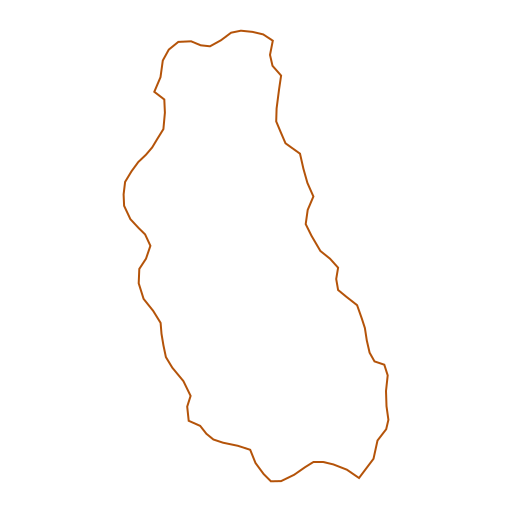 the district of São Bento Abade, Minas Gerais, Brazil
{"feature_id": "56859067B95331954634045", "entity_name": "São Bento Abade", "entity_type": "district", "adm_level": 2, "iso_a3": "BRA", "parent_name": "Brazil", "parent_adm1": "Minas Gerais", "projection": "orthographic", "projection_center": [-45.073, -21.565], "detail": "fine", "context": "isolated", "style": "outline", "palette": "amber", "viewbox_px": 512, "rotation_deg": 0, "n_neighbors": 0, "source": "geoboundaries", "source_scale": "gbopen_adm2", "svg_char_len": 1260}
<svg xmlns="http://www.w3.org/2000/svg" viewBox="0 0 512 512"><path d="M125.1,181.9L123.6,194.4L124.1,205.8L130.4,219.2L138.7,228.1L145.1,234.4L150.4,245.8L146.0,258.7L139.3,268.9L138.7,283.3L143.6,298.9L153.2,310.9L160.6,322.9L161.5,333.8L163.4,345.2L165.9,357.1L172.3,367.7L183.4,381.1L190.6,395.9L187.2,406.6L188.7,420.8L200.2,425.9L206.4,433.8L213.4,439.5L223.0,442.7L237.9,445.8L250.2,449.8L255.5,463.0L263.6,474.0L270.9,481.3L281.1,481.1L294.1,474.8L305.2,467.1L313.4,462.0L323.2,462.0L333.3,464.4L346.9,469.7L359.0,478.0L373.5,458.8L377.5,440.5L386.2,429.2L388.4,419.8L386.5,406.2L386.0,391.0L387.7,375.4L384.3,364.7L374.5,361.4L369.6,352.7L366.8,340.5L364.9,328.1L361.9,318.8L357.1,305.2L346.0,296.5L338.1,290.0L336.2,279.0L338.1,267.7L330.0,258.7L320.4,251.0L311.5,235.8L305.7,224.1L307.7,209.9L313.4,196.5L307.4,182.9L303.4,168.7L300.0,153.7L285.5,143.3L280.6,131.9L276.2,121.4L276.6,108.4L279.1,89.1L281.1,75.6L272.5,65.8L270.0,54.9L272.8,40.7L263.2,34.4L252.6,31.9L240.9,30.7L231.1,32.7L220.9,40.3L210.0,46.3L200.7,45.3L191.1,41.3L178.3,41.9L168.8,49.6L162.8,60.5L160.5,77.2L154.3,91.8L164.3,99.5L164.9,112.7L163.4,129.1L157.2,139.1L152.2,147.4L146.0,154.7L138.3,162.0L131.5,171.3L125.1,181.9Z" fill="none" stroke="#b45309" stroke-width="2"/></svg>